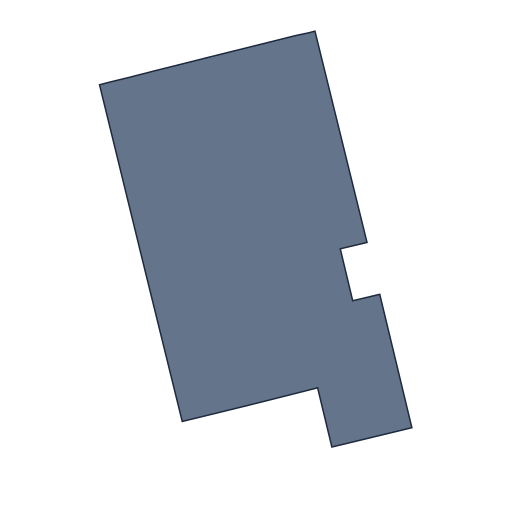 the district of Mahoning, Ohio, United States of America, rotated 256°
{"feature_id": "52423323B65372362934971", "entity_name": "Mahoning", "entity_type": "district", "adm_level": 2, "iso_a3": "USA", "parent_name": "United States of America", "parent_adm1": "Ohio", "projection": "orthographic", "projection_center": [-80.66, 41.017], "detail": "fine", "context": "isolated", "style": "filled", "palette": "slate", "viewbox_px": 512, "rotation_deg": 256, "n_neighbors": 0, "source": "geoboundaries", "source_scale": "gbopen_adm2", "svg_char_len": 540}
<svg xmlns="http://www.w3.org/2000/svg" viewBox="0 0 512 512"><g transform="rotate(256 256 256)"><path d="M52.3,283.4L51.7,365.7L188.9,366.8L189.2,339.0L242.6,339.5L242.3,367.0L459.9,367.6L459.9,367.2L459.9,365.6L459.8,361.6L460.3,347.9L460.3,284.7L460.3,277.0L460.3,258.0L460.2,214.0L460.2,205.0L460.2,204.2L460.2,201.2L460.1,194.4L460.1,186.3L460.0,176.6L460.0,172.3L460.1,162.2L460.1,153.5L460.1,153.4L460.0,145.6L266.0,144.8L113.3,144.4L113.0,213.1L113.2,283.9L52.3,283.4Z" fill="#64748b" stroke="#1e293b" stroke-width="1.5"/></g></svg>